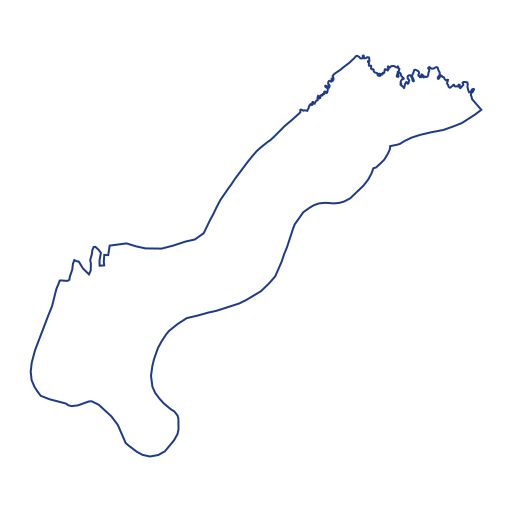 outline of Hadxaifong, Vientiane [prefecture], Laos
{"feature_id": "54806243B62960887748037", "entity_name": "Hadxaifong", "entity_type": "district", "adm_level": 2, "iso_a3": "LAO", "parent_name": "Laos", "parent_adm1": "Vientiane [prefecture]", "projection": "equal_earth", "projection_center": [102.809, 17.911], "detail": "fine", "context": "isolated", "style": "outline", "palette": "blue", "viewbox_px": 512, "rotation_deg": 0, "n_neighbors": 0, "source": "geoboundaries", "source_scale": "gbopen_adm2", "svg_char_len": 5757}
<svg xmlns="http://www.w3.org/2000/svg" viewBox="0 0 512 512"><path d="M429.5,67.1L428.7,67.4L428.2,68.2L429.3,69.8L429.3,70.4L428.5,72.6L428.2,75.0L428.0,75.7L427.4,76.6L426.8,76.9L426.1,77.0L425.5,76.6L425.1,76.6L423.8,77.4L423.6,77.3L423.4,76.8L423.5,76.0L423.3,75.6L421.8,74.4L421.4,74.6L421.3,75.1L422.0,76.7L421.7,77.1L421.3,77.0L421.1,76.5L420.8,76.4L420.2,77.2L419.9,77.1L419.8,76.2L418.7,75.9L418.4,75.4L418.5,74.5L419.1,73.0L418.9,72.0L418.2,71.1L415.6,69.8L414.6,69.8L414.2,70.1L413.3,73.0L412.7,74.3L412.2,75.0L412.0,75.8L412.1,76.5L413.7,80.0L413.8,81.1L413.6,81.3L413.0,81.1L412.6,80.6L412.4,79.3L411.6,77.3L411.1,76.3L410.2,75.3L409.3,75.2L408.0,75.9L407.6,76.7L407.7,78.1L408.0,78.8L409.0,80.0L409.2,80.7L408.9,81.2L408.6,82.9L408.2,83.6L407.7,83.7L406.9,82.4L406.4,82.0L406.0,82.3L405.0,84.3L404.2,87.8L403.9,88.0L403.2,86.9L400.6,84.8L400.5,84.4L401.1,84.3L401.3,84.1L401.2,83.5L400.8,83.1L400.6,81.9L401.1,80.7L402.2,79.2L403.4,79.1L403.7,78.7L403.6,78.2L401.4,76.1L401.0,75.3L400.7,73.8L399.7,72.6L399.3,72.6L398.7,73.0L398.0,74.4L398.6,75.9L398.5,76.6L398.0,76.9L396.9,76.6L396.7,76.1L397.7,73.0L397.8,71.9L398.8,70.9L399.4,69.0L399.2,68.7L398.4,68.3L398.2,67.9L398.3,67.0L397.9,66.5L397.1,67.4L395.9,67.2L394.9,66.5L393.7,66.0L391.6,66.1L390.7,66.5L390.3,67.3L389.9,67.4L389.5,67.3L388.3,66.4L387.9,66.5L387.8,66.9L388.1,67.4L388.6,67.8L388.7,68.3L388.6,69.2L387.7,70.4L387.4,70.2L387.3,69.8L387.1,69.4L385.9,69.7L385.5,69.2L385.1,69.2L384.8,69.5L384.2,72.8L383.8,73.1L383.3,72.9L382.9,72.9L382.4,74.4L382.0,74.5L381.7,74.0L381.2,73.8L380.9,74.1L380.5,75.5L379.9,75.9L379.6,75.6L379.7,74.4L379.5,73.8L379.2,73.7L378.9,73.9L378.8,74.9L378.2,75.6L377.5,74.8L377.4,73.6L377.1,73.1L375.2,72.6L374.3,72.1L373.8,71.4L373.6,69.7L373.0,69.2L372.0,69.4L371.0,68.4L371.2,67.2L371.1,65.8L370.3,65.6L369.2,65.8L368.9,65.1L368.8,64.3L369.0,63.2L368.9,62.7L368.8,62.4L368.0,62.0L368.0,61.3L369.3,61.1L369.3,58.8L368.9,57.4L367.2,57.2L366.0,58.2L364.1,58.2L363.7,55.7L363.2,55.5L362.7,56.0L362.9,57.6L362.5,58.2L361.3,58.5L360.2,58.2L359.2,56.9L357.1,55.8L356.0,56.1L354.2,58.2L349.3,62.8L342.7,67.8L341.9,68.7L334.5,73.8L333.6,74.6L333.3,75.4L332.6,76.1L333.4,77.9L333.5,79.1L333.4,79.5L332.3,78.7L331.6,78.7L331.6,79.3L332.4,80.1L332.4,80.6L332.0,80.4L331.6,80.7L331.3,81.6L330.9,81.6L330.4,81.0L329.6,80.8L328.9,81.1L328.4,81.8L328.1,83.1L328.2,83.8L328.4,84.2L329.1,84.6L329.5,85.5L329.5,86.6L329.2,87.4L328.8,87.2L328.5,86.1L328.3,86.0L327.5,86.9L326.2,85.9L325.8,85.7L325.3,85.9L325.3,86.6L326.0,87.3L327.6,88.2L327.9,89.0L327.4,91.6L327.0,92.8L326.5,93.0L325.9,92.8L325.4,91.7L325.1,91.5L324.8,91.5L324.4,91.7L324.1,92.3L324.2,94.0L323.9,94.2L323.4,94.0L322.7,94.0L322.5,94.3L322.4,95.4L322.0,95.5L321.2,95.1L320.7,95.3L320.2,98.0L319.4,98.4L319.0,98.0L318.7,96.1L318.1,95.9L317.5,97.7L317.7,99.9L317.6,100.3L316.5,100.5L316.2,100.9L314.9,102.7L314.7,103.7L314.0,103.7L313.1,102.0L312.6,102.0L312.3,102.5L312.5,104.3L312.2,104.8L311.5,104.5L311.0,104.0L310.5,104.2L310.5,105.2L309.6,105.2L308.9,106.5L308.9,107.1L308.6,108.3L307.9,109.2L307.3,110.8L304.5,110.3L303.4,110.7L302.4,110.0L300.9,109.6L300.3,110.0L300.4,111.9L300.2,112.5L291.6,120.2L284.6,126.1L275.0,135.8L270.2,140.3L267.7,141.9L260.5,147.7L256.5,151.3L252.1,156.4L247.6,162.0L235.0,178.8L231.3,184.4L228.2,188.6L220.3,200.1L215.9,208.6L213.6,213.5L210.0,220.2L203.7,233.2L194.8,239.5L185.7,241.5L172.8,245.7L161.6,248.6L145.4,248.4L135.9,246.3L126.5,243.4L109.7,245.6L108.2,255.1L104.3,254.9L103.8,261.6L104.2,265.4L99.6,265.7L99.5,260.5L100.9,252.9L98.5,249.7L95.3,246.8L93.7,247.0L92.4,250.0L91.8,254.3L90.2,260.2L90.9,263.7L90.7,270.4L89.0,274.4L82.9,268.4L78.8,261.6L76.6,261.2L74.3,260.1L72.9,263.9L72.3,269.4L69.7,277.1L69.4,279.7L67.7,280.8L65.3,280.8L61.2,280.4L59.7,280.6L58.4,284.2L56.4,288.9L52.0,306.3L48.2,315.7L35.0,350.3L31.7,362.8L30.7,371.6L31.6,380.1L34.5,386.9L37.2,391.1L40.7,395.8L49.3,399.2L64.7,403.2L66.4,403.8L68.3,405.3L71.7,406.1L77.8,405.4L89.0,401.4L91.7,401.3L98.8,404.8L111.3,416.3L117.8,424.9L125.7,443.1L129.3,446.1L136.7,451.7L142.6,454.9L150.0,456.5L158.3,455.0L164.9,451.3L174.1,440.2L177.5,434.1L178.5,429.3L178.4,418.8L177.6,415.6L174.2,411.3L170.7,409.2L163.8,403.4L159.7,398.9L155.1,392.8L152.4,386.6L151.0,375.8L152.4,365.8L154.0,359.2L158.0,347.9L161.5,341.5L166.0,334.6L169.0,330.9L177.9,323.8L186.8,318.1L197.1,315.7L208.3,312.6L216.4,310.8L239.1,303.5L245.9,300.2L261.1,291.1L269.2,283.2L275.2,276.4L281.7,261.5L284.0,254.5L287.0,247.2L293.0,228.8L294.7,224.4L303.3,212.2L309.2,208.0L313.7,205.3L319.0,203.4L325.3,202.8L334.1,203.4L339.2,202.9L343.7,201.7L350.1,198.4L363.4,185.7L368.3,179.4L371.6,173.2L373.3,168.3L376.1,167.4L380.4,163.5L384.3,159.6L387.8,153.8L389.8,149.5L390.2,146.1L397.3,144.7L400.1,143.8L404.5,141.0L411.9,137.5L420.4,134.8L431.5,132.2L443.2,130.0L454.2,126.1L462.1,122.9L475.4,114.3L481.3,109.8L472.2,99.3L471.4,96.3L470.9,95.4L471.0,93.9L471.5,93.0L473.2,91.4L473.5,90.2L474.0,89.5L473.8,89.0L473.4,88.9L472.4,89.2L471.7,89.9L471.0,91.5L470.1,92.2L469.1,92.3L468.2,90.0L467.4,86.7L467.8,84.6L467.3,82.4L464.6,81.9L463.5,82.0L462.6,82.8L463.1,83.5L463.3,84.9L460.4,88.1L460.0,87.9L459.7,87.6L459.7,84.9L458.9,84.6L458.5,84.9L458.3,85.9L457.9,86.5L457.1,86.3L455.6,86.5L454.8,86.3L454.3,85.2L453.8,84.7L453.2,84.9L452.5,86.0L451.4,86.6L450.5,87.5L450.2,87.7L449.4,87.5L448.5,86.6L448.1,84.9L447.4,84.2L447.1,83.4L447.1,82.6L447.6,81.6L447.9,79.9L447.2,79.8L446.6,80.3L446.0,80.3L444.8,79.3L444.1,77.9L443.9,77.3L442.3,76.8L442.0,76.1L441.5,75.7L440.8,75.4L439.2,78.2L438.4,78.9L437.9,78.6L437.8,77.5L438.4,76.5L439.2,75.7L439.7,74.3L439.7,73.2L439.6,72.3L438.6,70.6L437.6,67.6L437.0,67.2L436.3,67.2L435.2,67.5L433.8,68.5L431.8,68.7L430.8,68.2L429.5,67.1Z" fill="none" stroke="#1e3a8a" stroke-width="2"/></svg>